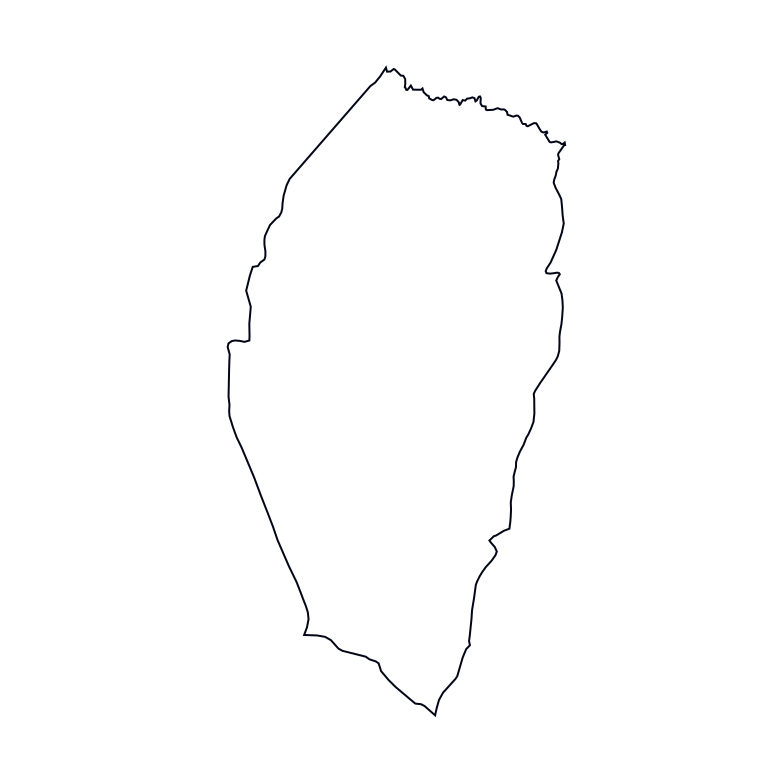 the district of Lodja, Kasaï-Oriental, Democratic Republic of the Congo, rotated 195°
{"feature_id": "63176286B24830189223330", "entity_name": "Lodja", "entity_type": "district", "adm_level": 2, "iso_a3": "COD", "parent_name": "Democratic Republic of the Congo", "parent_adm1": "Kasaï-Oriental", "projection": "equal_earth", "projection_center": [23.394, -3.517], "detail": "fine", "context": "isolated", "style": "outline", "palette": "ink", "viewbox_px": 768, "rotation_deg": 195, "n_neighbors": 0, "source": "geoboundaries", "source_scale": "gbopen_adm2", "svg_char_len": 4176}
<svg xmlns="http://www.w3.org/2000/svg" viewBox="0 0 768 768"><g transform="rotate(195 384 384)"><path d="M396.2,120.9L383.6,123.8L375.4,124.5L368.9,122.8L359.5,116.6L354.8,115.5L331.1,115.9L326.8,114.3L320.1,113.9L316.9,112.8L312.5,105.9L302.7,99.1L294.3,94.3L287.1,90.9L277.5,86.4L271.0,83.4L265.5,84.3L261.6,83.5L248.9,77.2L249.2,84.3L249.1,93.0L247.1,101.1L238.6,117.7L237.6,120.8L237.2,140.0L236.0,149.2L233.4,153.9L235.3,157.7L236.1,163.7L237.5,172.3L238.7,179.8L240.4,188.2L241.6,200.4L243.3,213.7L243.0,217.2L241.8,223.2L240.4,227.9L238.2,233.7L234.4,241.0L232.0,247.5L231.7,251.4L234.8,255.2L239.0,258.0L241.7,260.1L241.0,261.2L238.4,265.5L236.7,266.5L231.6,271.8L231.3,272.1L230.4,273.1L225.4,276.7L225.7,278.9L226.3,283.4L227.2,288.3L228.7,295.2L230.9,302.5L231.7,309.1L232.3,319.0L233.6,324.1L234.9,328.2L235.0,332.7L235.0,336.5L235.0,337.9L235.1,338.2L236.2,342.8L236.1,347.5L235.2,354.0L233.4,361.5L232.7,368.8L231.6,372.5L230.5,378.9L229.8,386.0L231.1,394.4L235.1,408.7L236.8,413.2L236.2,416.7L234.6,421.6L233.2,426.1L231.0,432.1L229.4,436.7L226.3,445.3L224.1,451.7L223.3,455.8L223.3,461.4L225.3,469.9L226.8,475.1L227.5,480.0L228.1,487.7L229.1,494.2L231.1,504.3L233.4,511.3L235.9,517.3L240.3,523.1L244.4,528.5L243.7,532.6L242.6,535.5L243.6,536.4L245.5,536.4L248.4,535.1L252.1,533.6L255.7,533.1L257.0,534.8L256.7,537.8L254.6,544.1L253.6,550.1L252.3,558.2L251.4,576.5L251.9,585.5L255.2,593.4L257.5,600.1L260.6,608.4L263.4,611.8L269.1,618.0L272.1,622.2L272.2,622.3L272.5,625.8L272.4,626.5L272.1,629.8L272.2,631.8L272.4,633.8L272.3,634.4L272.2,634.5L271.8,637.0L272.4,640.6L272.5,641.1L272.7,642.4L273.0,643.1L273.6,644.4L272.9,646.6L274.1,648.5L274.3,648.9L275.2,650.4L275.2,652.0L274.6,653.7L274.4,654.1L273.3,657.2L271.8,661.3L270.9,661.7L272.0,664.0L272.7,663.0L273.5,662.0L274.6,661.7L276.4,662.6L280.2,663.0L284.9,660.7L286.5,660.6L286.8,660.8L292.8,666.5L291.3,668.9L292.1,670.0L295.0,668.2L297.3,668.5L299.6,670.5L303.0,673.9L303.1,674.0L304.3,675.2L306.7,674.8L311.8,670.2L313.2,670.3L314.5,671.8L317.0,671.1L318.3,672.0L320.8,675.1L320.9,675.3L321.8,676.5L324.0,677.8L324.6,677.7L325.2,677.7L328.4,675.7L334.4,676.1L334.5,676.3L335.5,678.5L338.0,680.1L339.4,680.3L341.6,679.5L345.6,679.8L347.6,678.5L347.8,678.3L349.5,677.1L355.4,675.2L355.7,675.3L356.7,675.5L357.7,678.4L361.1,677.8L362.2,678.8L362.3,678.9L362.4,679.0L363.4,680.0L364.1,683.0L364.1,683.3L364.6,685.4L364.8,685.6L365.7,686.6L366.8,686.0L367.8,681.9L368.8,680.7L370.6,683.5L372.9,683.7L375.0,682.2L377.6,681.1L378.9,678.8L380.9,678.6L381.5,678.6L382.8,673.6L383.3,673.2L383.8,673.8L384.5,675.3L386.1,676.4L387.5,677.3L388.5,677.2L390.3,677.1L393.4,675.1L396.4,674.7L398.3,676.9L399.1,677.1L400.3,677.3L402.5,674.1L404.1,673.9L405.2,674.3L405.9,674.6L407.3,674.0L407.4,673.9L407.9,673.3L408.5,672.4L409.5,671.2L409.7,670.9L410.1,670.8L411.2,670.8L414.3,671.6L415.2,673.6L415.3,673.7L417.2,673.9L417.9,674.3L418.3,674.5L421.2,676.1L422.5,678.1L422.7,678.4L423.3,679.4L423.5,679.1L424.4,677.8L429.1,676.6L432.1,675.8L433.2,676.9L433.3,677.1L435.3,679.2L436.2,677.1L436.4,676.6L437.5,674.1L438.6,673.9L439.4,675.0L439.5,675.0L440.0,675.8L440.7,676.0L440.8,676.2L440.8,676.7L441.2,679.8L442.5,684.1L445.1,686.7L447.6,686.3L455.1,690.7L455.5,690.7L456.1,690.8L456.7,690.0L456.9,689.8L458.6,687.5L461.9,686.5L463.2,688.7L464.0,690.1L467.3,680.2L470.6,672.8L474.4,668.1L475.5,665.7L528.2,557.7L529.5,550.8L529.7,540.1L528.8,532.5L527.7,527.2L527.6,523.2L528.7,518.6L530.3,516.8L530.9,516.1L535.2,508.2L536.3,502.3L537.3,496.1L536.8,492.2L535.5,487.5L532.9,481.5L531.6,476.5L531.7,473.3L534.9,469.4L536.3,465.3L541.1,463.2L541.6,454.2L541.4,444.3L541.3,438.5L532.7,424.2L531.9,419.8L529.7,407.4L527.3,399.0L526.4,395.9L525.3,391.2L529.6,388.6L534.6,388.3L539.1,387.5L542.1,386.1L544.7,383.0L544.6,379.3L540.7,372.6L539.1,365.2L536.7,355.2L530.9,331.6L527.8,323.7L526.6,317.9L524.9,313.0L518.4,302.7L512.4,294.2L505.9,286.7L505.2,285.9L485.1,259.9L474.0,244.3L463.0,229.4L454.2,217.3L450.8,212.2L446.5,205.8L428.8,183.5L417.3,170.2L411.7,162.6L408.0,157.5L407.9,157.3L406.9,155.9L402.3,149.7L398.5,143.8L396.0,137.3L395.4,129.0L396.2,120.9Z" fill="none" stroke="#020617" stroke-width="2"/></g></svg>